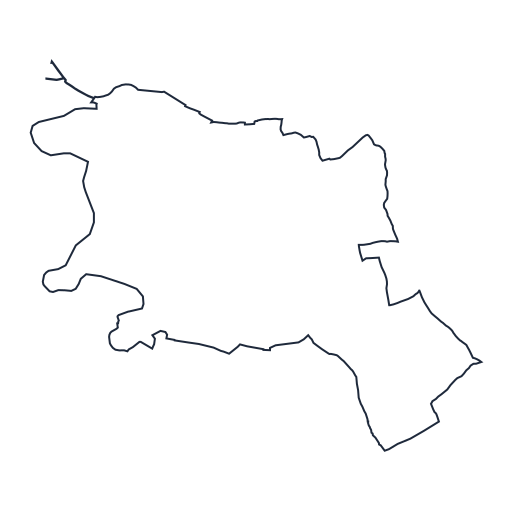 Radesti, Alba, Romania (Natural Earth projection)
{"feature_id": "2599482B76876393099506", "entity_name": "Radesti", "entity_type": "district", "adm_level": 2, "iso_a3": "ROU", "parent_name": "Romania", "parent_adm1": "Alba", "projection": "natural_earth1", "projection_center": [23.757, 46.248], "detail": "fine", "context": "isolated", "style": "outline", "palette": "slate", "viewbox_px": 512, "rotation_deg": 0, "n_neighbors": 0, "source": "geoboundaries", "source_scale": "gbopen_adm2", "svg_char_len": 5887}
<svg xmlns="http://www.w3.org/2000/svg" viewBox="0 0 512 512"><path d="M410.3,438.7L423.8,430.9L438.9,421.6L437.4,417.0L436.4,414.2L435.6,413.0L434.5,412.1L433.1,409.1L432.4,407.3L431.0,403.8L431.9,402.3L432.4,401.2L436.0,398.9L438.2,396.6L441.4,394.3L447.3,389.5L450.4,385.2L455.2,380.0L457.3,378.1L461.5,376.2L463.8,373.7L466.3,370.3L468.9,368.1L470.6,365.6L473.4,363.8L476.2,363.7L481.3,362.0L479.3,360.5L476.9,359.2L474.8,358.3L472.9,357.8L470.5,352.7L469.0,349.7L467.9,347.8L466.4,345.0L465.4,344.2L462.3,342.0L461.1,341.0L460.0,340.4L459.2,339.6L458.3,338.8L455.8,336.1L455.2,335.3L454.5,334.3L453.8,333.4L453.4,332.9L452.6,331.4L451.7,330.2L450.7,329.2L449.3,327.9L448.2,327.0L447.3,326.4L446.2,325.8L445.5,325.2L443.5,323.4L443.1,323.0L441.2,321.7L439.5,320.2L437.4,318.3L434.6,316.0L431.6,313.4L429.9,311.1L428.2,308.3L426.2,305.2L424.4,302.3L421.9,297.2L420.9,294.5L419.9,291.8L419.4,290.6L419.2,290.6L418.8,291.4L418.2,292.2L417.3,293.2L416.3,293.7L414.9,294.8L413.9,295.8L413.3,296.3L408.1,299.0L400.5,301.7L397.5,303.0L393.4,304.4L390.0,305.2L389.2,305.2L388.4,300.2L386.9,292.1L386.4,288.2L387.0,284.2L386.9,281.5L386.4,278.6L385.2,274.9L384.3,272.7L381.6,267.1L379.7,261.0L378.9,257.6L371.1,258.1L366.1,258.3L362.5,260.7L360.1,252.9L359.6,250.4L358.9,246.2L358.8,244.9L360.8,244.9L363.8,244.8L370.3,243.8L372.7,242.9L375.5,242.2L377.9,241.7L381.4,241.1L385.0,241.2L387.0,241.7L390.1,241.1L393.4,241.2L395.4,241.3L397.9,241.7L397.1,238.7L395.3,234.8L393.9,231.4L393.1,229.4L392.9,228.4L392.8,225.9L391.7,224.0L390.4,220.7L388.9,217.9L387.6,215.8L387.5,214.0L386.5,211.2L386.0,209.9L385.0,208.6L384.2,207.6L383.8,204.9L384.2,202.9L385.9,200.5L387.2,198.8L387.5,196.1L387.6,193.4L387.5,191.1L386.6,188.8L385.8,186.4L385.4,184.8L385.7,181.4L385.7,179.1L387.0,175.3L387.1,172.6L386.9,170.8L386.2,169.5L385.5,167.7L385.1,165.4L385.0,164.3L385.3,162.6L385.7,160.3L385.6,158.8L385.1,156.7L385.1,155.4L385.1,153.9L384.7,153.2L384.2,150.7L383.3,149.8L382.7,149.0L380.9,147.2L379.5,146.1L378.0,145.6L376.7,145.5L375.4,145.1L374.0,144.3L372.3,140.3L370.9,138.4L368.7,135.6L367.5,134.9L365.8,135.3L362.7,137.5L352.6,147.0L347.9,150.4L344.7,153.5L342.0,156.1L339.9,157.8L338.4,158.2L334.0,159.1L330.3,159.5L329.4,158.7L322.5,160.7L320.5,158.1L319.2,155.0L319.2,152.4L318.7,149.6L317.9,146.9L317.1,144.5L316.5,141.7L315.6,139.5L313.2,136.8L311.7,137.0L309.7,136.0L306.2,137.0L303.9,137.5L300.8,134.8L297.7,133.3L295.4,132.5L293.9,132.7L291.6,133.4L289.2,133.7L287.2,134.1L283.4,135.1L282.5,133.0L281.1,131.0L280.6,129.4L280.7,126.8L281.2,124.9L281.5,122.8L281.7,120.4L282.1,119.1L280.8,119.2L278.7,119.2L276.9,118.9L275.0,118.8L272.9,118.9L269.5,119.2L268.2,119.0L265.1,119.1L261.9,119.5L257.6,120.5L257.3,121.0L255.4,121.1L254.6,121.6L254.4,123.0L254.2,123.9L249.4,124.3L244.9,124.5L244.9,122.7L243.5,122.5L240.6,122.4L239.7,122.5L238.5,122.8L236.8,123.5L235.1,123.7L230.4,123.7L228.9,123.7L227.1,123.3L225.1,123.2L222.2,122.8L219.4,122.6L216.5,122.2L213.7,122.0L211.2,122.5L212.1,120.6L203.9,116.3L200.8,114.6L199.3,113.4L199.2,112.9L199.7,112.0L193.9,109.7L190.2,108.4L187.6,107.3L185.1,106.2L185.5,105.0L183.6,103.9L178.5,100.7L164.1,91.7L161.9,92.1L138.1,89.8L135.9,87.6L133.5,86.1L131.1,84.9L128.7,84.5L125.6,84.4L121.8,85.0L119.5,86.1L116.1,87.2L113.9,88.7L111.9,91.5L110.1,93.3L108.2,94.7L105.4,95.6L103.5,96.3L100.2,96.9L97.3,97.2L95.5,96.9L95.1,96.8L94.3,98.0L91.8,97.2L89.6,96.3L88.7,96.0L87.9,95.6L86.2,94.8L78.1,90.3L76.4,89.2L75.6,88.8L74.6,88.2L73.6,87.4L71.8,86.1L70.7,85.4L69.0,84.3L67.7,83.6L66.2,82.5L65.4,81.7L65.3,81.2L65.6,80.8L65.8,80.0L65.6,79.7L64.0,77.8L63.3,77.0L57.9,69.6L55.2,65.9L52.5,62.2L51.8,61.3L51.4,62.9L52.0,62.9L52.6,63.0L53.5,64.1L58.4,71.0L60.9,74.2L63.4,77.6L63.7,78.1L63.1,78.3L62.0,78.5L59.2,79.2L57.7,79.5L56.5,79.7L54.8,79.5L46.4,78.5L46.4,78.8L54.8,79.8L56.6,80.0L57.7,79.8L59.2,79.5L62.0,78.8L63.1,78.6L64.0,78.3L64.8,79.3L65.5,79.8L65.4,80.2L65.3,80.8L65.0,81.4L65.1,81.8L66.5,83.2L68.5,84.4L71.3,86.2L73.2,87.5L75.2,88.9L78.3,90.8L83.3,93.5L86.4,95.1L88.2,96.1L91.3,97.3L94.1,98.3L91.2,102.4L93.1,102.4L94.4,102.7L96.7,103.7L96.4,104.9L96.5,106.4L96.6,108.8L83.8,108.2L75.1,109.2L63.9,115.9L47.8,119.8L38.8,122.0L32.6,125.9L30.7,132.7L34.1,143.0L41.6,151.1L50.8,155.3L64.0,153.3L70.1,153.3L88.0,161.8L86.1,171.0L84.1,177.2L83.1,181.0L84.2,187.2L85.7,191.9L93.9,213.1L93.9,222.4L89.8,234.1L75.8,245.4L65.7,265.3L58.2,269.1L48.6,270.8L46.2,272.5L44.1,275.0L42.8,281.7L43.4,284.5L44.6,286.1L49.6,291.3L53.0,292.0L58.4,290.1L65.0,290.3L71.3,290.9L75.7,288.8L78.7,284.0L80.8,278.8L86.2,274.2L100.9,276.2L124.6,284.0L136.7,288.9L142.9,296.4L143.5,304.0L142.0,308.5L129.0,311.5L128.2,311.6L118.6,315.1L117.6,316.2L117.5,316.8L118.8,320.6L118.3,321.4L118.1,323.3L117.2,323.4L117.8,327.6L116.5,328.8L112.4,331.1L111.5,331.6L110.3,332.8L109.4,334.8L109.1,336.9L109.9,343.4L111.0,345.4L112.8,347.8L115.4,349.7L119.3,350.4L124.0,350.3L127.4,351.3L128.8,349.4L132.9,347.1L139.4,341.9L140.8,341.9L152.2,348.6L153.5,345.5L154.1,344.4L154.9,338.7L152.4,335.2L160.5,330.9L165.4,332.0L167.1,334.7L166.4,338.4L174.5,339.9L174.6,340.4L188.4,342.5L198.9,344.0L213.6,347.6L220.9,350.9L223.6,351.6L229.1,353.7L237.7,346.8L240.0,344.4L247.1,346.3L263.4,349.2L263.4,349.9L270.0,350.2L270.0,347.9L275.6,345.3L298.5,342.4L303.8,339.3L308.2,335.2L310.1,337.7L311.8,339.4L313.5,342.9L316.8,345.4L322.0,349.2L328.5,353.5L329.4,354.0L330.9,353.9L333.9,354.5L336.7,355.2L337.8,355.9L341.8,359.6L343.7,361.1L347.2,365.0L349.1,367.1L350.9,369.2L352.0,370.1L353.1,371.5L355.3,375.5L356.3,376.9L356.6,380.3L356.9,383.8L358.1,390.2L358.7,397.7L360.8,403.8L362.3,406.5L364.3,411.2L365.7,413.6L367.5,419.2L367.7,421.5L368.2,421.5L368.1,423.2L368.8,425.5L369.8,427.0L370.0,427.9L371.1,429.9L371.5,432.7L372.6,433.5L372.9,435.3L375.4,437.6L378.9,443.0L379.1,444.5L380.7,445.3L384.7,450.7L388.9,449.2L397.7,443.9L410.3,438.7Z" fill="none" stroke="#1e293b" stroke-width="2"/></svg>